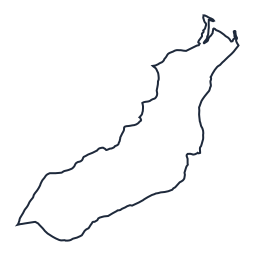 the district of Cristian, Sibiu, Romania
{"feature_id": "2599482B42247101066007", "entity_name": "Cristian", "entity_type": "district", "adm_level": 2, "iso_a3": "ROU", "parent_name": "Romania", "parent_adm1": "Sibiu", "projection": "robinson", "projection_center": [23.992, 45.701], "detail": "fine", "context": "isolated", "style": "outline", "palette": "slate", "viewbox_px": 256, "rotation_deg": 0, "n_neighbors": 0, "source": "geoboundaries", "source_scale": "gbopen_adm2", "svg_char_len": 5751}
<svg xmlns="http://www.w3.org/2000/svg" viewBox="0 0 256 256"><path d="M214.0,20.8L213.4,20.0L212.8,19.4L211.7,18.8L210.7,18.3L210.0,18.1L209.5,17.9L208.6,17.4L207.6,16.9L206.9,16.4L206.0,16.0L204.7,15.4L204.5,15.5L204.1,15.5L203.5,15.4L203.5,16.0L203.2,17.7L203.7,19.3L204.2,21.0L204.9,22.4L205.8,23.3L206.0,23.7L206.1,24.9L205.3,27.5L205.0,28.5L204.2,29.6L203.5,30.2L203.2,30.5L203.6,31.5L203.5,31.9L203.3,32.4L202.1,33.4L201.9,34.1L201.9,34.6L202.0,35.2L202.0,36.3L201.2,37.4L199.7,39.5L199.1,40.2L198.4,41.6L198.3,42.0L198.3,42.5L199.7,43.6L198.8,45.2L196.8,45.6L186.1,50.9L183.7,50.7L180.8,50.2L179.2,50.2L177.3,50.1L176.4,50.2L175.2,50.5L174.3,50.9L173.0,51.6L171.4,52.2L169.5,53.0L168.8,53.4L168.0,54.0L167.3,54.9L166.8,55.8L166.0,57.1L165.1,58.2L164.2,59.3L164.0,60.0L163.5,60.8L162.7,61.6L161.8,62.3L160.6,62.8L159.2,63.5L158.7,63.9L157.8,64.4L156.7,64.9L155.4,65.5L154.1,65.7L152.7,65.9L153.0,66.2L153.7,66.7L154.1,67.0L155.3,67.9L155.8,68.4L156.4,69.3L157.2,71.1L158.0,72.7L158.1,73.1L158.3,73.9L158.4,74.7L158.5,75.4L158.7,77.6L158.7,78.4L158.7,79.1L158.6,79.7L158.3,80.6L158.0,81.2L157.9,84.0L157.8,84.8L157.3,87.5L156.8,89.9L156.7,90.6L157.0,92.2L157.1,92.9L157.2,93.6L157.1,94.5L157.0,95.1L156.8,95.8L155.9,97.4L155.1,98.2L154.6,98.6L153.6,98.9L152.5,99.3L151.2,100.0L150.1,100.8L149.4,101.1L148.5,101.4L147.4,101.6L145.6,101.8L144.1,102.1L143.1,102.5L142.3,103.0L142.7,104.4L142.8,105.1L143.0,106.1L143.0,107.1L143.0,108.3L142.9,109.3L142.8,111.1L142.3,112.7L142.1,113.8L141.9,114.3L141.4,115.1L140.5,116.1L140.0,116.8L139.5,117.3L140.1,117.7L140.5,118.4L141.1,120.0L140.8,120.8L139.6,121.6L138.7,122.7L137.9,123.4L136.3,124.4L134.3,125.1L132.1,125.4L130.6,125.7L128.7,126.0L126.4,126.2L126.0,126.3L125.0,126.6L124.4,127.1L124.2,127.4L124.1,127.8L124.0,128.2L124.1,128.8L123.9,130.1L123.7,130.7L122.9,132.3L122.2,133.5L121.0,136.0L120.3,137.4L120.2,138.6L119.9,139.7L119.7,141.0L118.8,142.8L118.6,143.6L118.5,144.0L118.1,144.5L117.8,144.8L117.0,145.3L115.2,146.1L114.9,146.2L114.7,146.4L114.5,146.7L114.3,147.1L114.0,147.3L112.5,148.1L111.0,148.6L110.0,148.6L108.6,149.2L107.5,149.7L106.3,150.0L106.2,150.0L105.1,148.9L103.4,147.9L103.0,147.7L102.7,147.8L102.1,147.7L99.5,148.3L98.8,148.7L97.5,149.9L97.1,150.5L92.5,152.8L88.2,154.5L87.5,154.9L86.3,155.6L85.6,156.0L83.7,156.9L83.0,158.1L82.8,158.7L82.5,159.4L82.1,160.1L81.4,160.7L80.6,161.3L79.7,161.6L79.0,161.8L78.3,161.9L77.7,162.1L76.7,162.7L76.0,163.2L75.6,163.7L75.2,164.4L74.3,166.3L73.6,167.1L73.0,167.7L72.5,168.2L71.9,168.6L71.3,168.9L68.8,169.9L67.1,170.4L64.9,170.9L64.2,171.1L63.6,171.4L63.2,171.6L62.5,172.1L61.9,172.5L61.3,172.7L59.2,172.9L55.5,173.2L53.2,173.2L50.3,173.2L49.8,173.2L49.3,173.4L48.7,173.7L48.1,174.0L47.6,174.2L46.9,174.7L46.2,175.3L45.4,176.3L44.5,177.7L42.5,180.1L41.7,181.5L40.6,183.8L40.2,185.1L40.0,185.6L38.6,188.2L37.1,190.5L34.8,193.4L34.3,194.2L33.8,195.0L33.5,196.0L33.2,197.1L32.8,197.8L31.0,200.0L29.9,201.5L29.4,202.3L29.1,202.9L28.4,204.5L27.5,206.1L27.1,206.7L26.3,207.8L25.4,208.9L24.6,210.0L23.4,212.4L23.1,213.0L21.2,216.1L20.0,218.1L19.5,219.6L19.5,220.2L18.6,222.9L18.0,224.2L17.5,224.8L20.5,224.1L22.2,223.9L25.1,223.4L29.6,222.7L34.1,222.0L35.3,221.9L38.2,223.5L39.3,224.8L42.8,228.4L45.0,231.1L47.6,233.5L50.1,235.1L52.6,236.7L55.7,238.4L59.3,240.0L61.1,240.4L64.8,240.2L65.5,240.6L67.7,240.6L69.3,240.4L70.7,240.0L72.9,238.7L77.0,237.6L79.9,236.3L81.8,235.3L83.5,232.7L84.6,230.9L86.0,229.6L87.4,228.8L88.5,228.3L89.4,227.0L90.5,225.2L91.8,223.4L92.5,222.2L93.2,221.8L94.6,221.8L97.3,220.2L97.8,219.3L98.3,218.4L99.7,217.6L102.1,216.9L104.1,216.4L108.1,216.0L112.6,213.3L115.9,211.5L116.7,211.1L117.5,210.4L118.9,210.3L120.3,210.0L122.0,208.8L125.2,207.4L127.2,206.2L130.0,205.2L132.1,205.6L138.8,202.5L143.0,200.2L144.2,199.3L147.7,197.2L151.9,195.0L154.3,194.2L155.8,193.5L158.2,193.1L160.7,192.4L164.7,192.0L168.4,191.2L172.3,189.7L173.4,188.3L174.0,188.0L175.2,187.3L178.0,184.2L179.7,182.3L181.4,181.4L183.0,180.3L184.2,178.7L184.4,177.8L184.9,174.8L184.5,172.7L185.9,168.1L186.5,166.4L187.8,164.7L187.6,163.4L187.6,158.8L186.6,155.9L186.8,154.8L187.7,153.9L190.2,153.8L192.0,154.2L193.1,154.6L194.9,154.3L197.1,153.3L197.6,152.8L198.1,153.1L198.5,153.3L199.6,153.1L200.1,152.9L200.1,151.9L199.9,148.7L200.1,147.4L201.1,146.0L201.8,143.7L203.1,139.1L203.2,137.7L203.1,134.9L203.3,133.2L203.1,130.7L202.6,129.1L202.4,128.4L201.9,127.4L201.3,126.5L200.8,124.9L200.3,122.7L199.8,121.3L199.6,119.4L199.3,116.8L199.1,114.4L199.3,110.3L199.2,109.3L199.1,107.3L199.6,106.2L200.7,103.1L201.5,101.0L202.8,98.9L204.5,96.5L207.3,93.0L208.5,91.6L209.2,90.7L209.7,89.4L210.0,88.1L210.3,87.1L210.7,86.6L210.9,85.2L210.5,82.7L210.4,81.1L210.9,80.0L211.1,78.7L211.0,77.7L210.6,77.1L211.4,75.9L212.5,73.6L214.8,69.9L217.0,67.1L218.0,66.2L220.1,64.9L221.0,63.9L222.5,62.3L223.9,61.1L225.5,59.5L228.4,56.7L230.1,55.2L231.8,53.6L233.7,51.6L236.2,48.4L238.2,45.9L238.5,45.4L237.3,43.5L236.4,41.7L236.1,40.6L236.2,39.7L236.7,39.0L237.0,38.2L236.9,37.7L236.1,36.2L235.7,34.7L235.4,32.3L235.4,31.4L235.0,31.0L234.4,31.0L233.8,31.4L233.8,32.0L234.0,32.9L234.5,35.0L234.4,35.6L234.4,36.1L234.8,37.3L235.1,37.9L235.1,38.3L234.9,38.5L234.2,38.7L233.5,39.1L233.1,39.8L232.5,41.2L231.2,41.5L230.5,40.6L229.4,38.9L227.9,37.5L225.7,36.2L223.8,34.5L221.6,32.9L220.3,32.0L218.6,31.1L216.1,30.1L215.0,29.0L213.9,28.5L213.2,29.0L213.0,30.8L212.7,31.8L212.6,33.2L211.9,34.1L211.0,35.5L209.7,36.6L208.9,37.7L208.4,38.8L207.9,40.5L207.6,40.9L207.1,41.4L205.5,42.4L204.7,42.9L204.3,43.2L204.0,43.2L203.8,42.9L203.9,42.5L205.0,41.0L205.9,40.0L207.0,38.4L207.2,37.1L207.2,36.6L207.4,36.1L207.8,35.5L208.1,34.6L208.4,31.8L208.5,30.0L208.8,27.7L208.7,22.3L208.8,21.1L208.8,19.9L209.4,19.9L213.1,21.2L214.0,20.8Z" fill="none" stroke="#1e293b" stroke-width="2"/></svg>